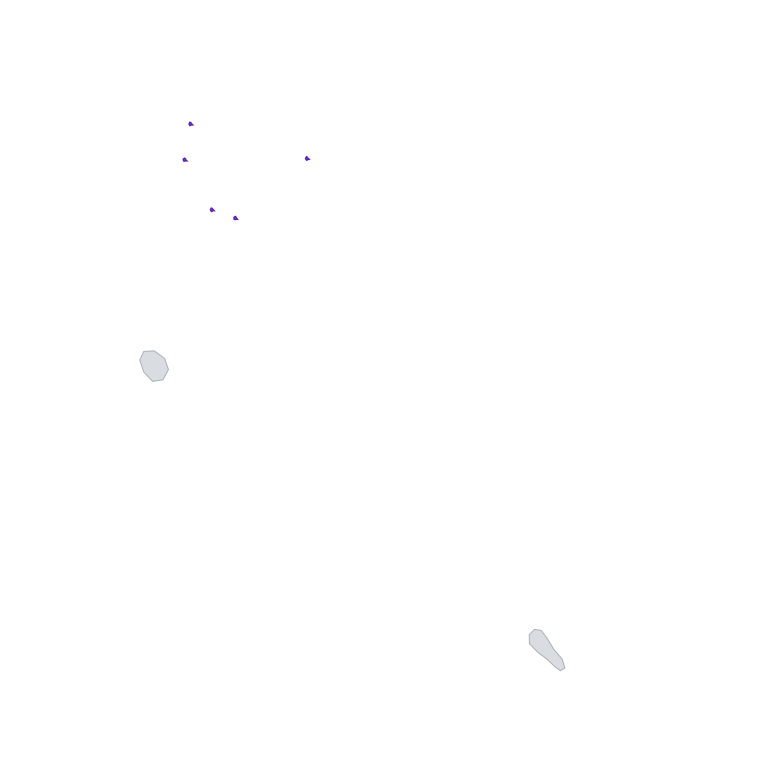 Faafu on a map of Maldives (Natural Earth projection), rotated 121°
{"feature_id": "MDV-5233", "entity_name": "Faafu", "entity_type": "Atoll", "adm_level": 1, "iso_a3": "MDV", "parent_name": "Maldives", "parent_adm1": "", "projection": "natural_earth1", "projection_center": [72.957, 3.195], "detail": "coarse", "context": "in_parent", "style": "filled", "palette": "violet", "viewbox_px": 768, "rotation_deg": 121, "n_neighbors": 0, "source": "natural_earth", "source_scale": "10m", "svg_char_len": 1074}
<svg xmlns="http://www.w3.org/2000/svg" viewBox="0 0 768 768"><g transform="rotate(121 384 384)"><path d="M531.7,125.6L524.0,130.4L516.8,128.5L514.3,122.4L517.9,113.4L523.9,102.0L528.1,89.5L534.2,82.8L538.9,85.1L538.3,92.1L536.1,101.7L534.7,114.1L531.7,125.6ZM489.3,605.7L479.8,606.7L473.9,597.9L475.2,585.1L482.6,576.2L494.2,575.6L500.9,583.6L497.5,596.0L489.3,605.7Z" fill="#d9dde1" stroke="#a8b0b8" stroke-width="1"/><path d="M318.3,594.6L318.9,595.6L319.8,596.4L320.0,597.2L318.4,598.4L317.0,597.7L317.2,596.9L317.8,595.9L318.3,594.6ZM294.3,668.0L294.9,669.1L295.8,669.9L296.0,670.7L294.5,671.9L293.1,671.1L293.2,670.3L293.9,669.3L294.3,668.0ZM322.9,619.0L323.5,620.0L324.4,620.3L325.0,620.8L324.2,622.4L322.2,622.6L322.0,621.9L322.5,620.6L322.9,619.0ZM230.0,564.0L230.6,565.0L231.6,565.2L231.7,565.4L232.0,565.7L231.3,567.3L229.3,567.5L229.2,567.5L229.1,566.9L229.6,565.6L230.0,564.0ZM260.4,681.6L261.0,682.6L261.5,682.8L261.8,682.9L262.4,683.4L261.7,684.9L259.7,685.2L259.4,684.5L260.0,683.2L260.4,681.6Z" fill="#8b5cf6" stroke="#5b21b6" stroke-width="1.5"/></g></svg>